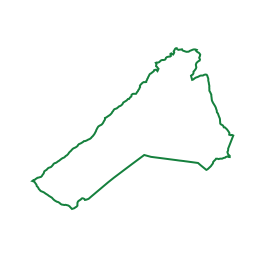 outline of Santaluz, Bahia, Brazil, rotated 351°
{"feature_id": "56859067B88136569258603", "entity_name": "Santaluz", "entity_type": "district", "adm_level": 2, "iso_a3": "BRA", "parent_name": "Brazil", "parent_adm1": "Bahia", "projection": "albers", "projection_center": [-39.492, -11.198], "detail": "fine", "context": "isolated", "style": "outline", "palette": "green", "viewbox_px": 256, "rotation_deg": 351, "n_neighbors": 0, "source": "geoboundaries", "source_scale": "gbopen_adm2", "svg_char_len": 4649}
<svg xmlns="http://www.w3.org/2000/svg" viewBox="0 0 256 256"><g transform="rotate(351 128 128)"><path d="M208.1,61.6L206.9,61.0L205.6,60.7L204.7,60.7L203.7,60.9L202.5,61.2L201.1,61.5L199.9,62.1L198.7,62.0L197.7,61.9L196.4,61.3L195.6,60.8L194.7,60.4L193.9,59.7L193.6,58.7L192.6,58.8L191.3,58.7L190.0,58.7L188.8,57.8L188.6,56.8L187.5,56.8L186.6,57.5L185.9,58.6L185.1,59.4L185.5,60.5L184.9,61.6L184.1,62.5L183.2,61.9L182.7,61.1L181.6,61.3L181.4,62.2L181.7,63.5L180.8,64.0L179.2,63.9L177.7,64.0L176.5,64.6L176.0,65.6L175.4,66.2L174.4,66.4L173.4,66.4L172.6,66.2L171.5,66.3L170.4,66.9L169.2,67.8L167.7,68.1L166.6,67.8L165.6,68.0L166.1,69.5L165.6,70.4L165.4,71.4L166.3,72.3L166.8,73.4L167.4,74.3L166.7,75.4L166.0,76.4L164.9,74.8L163.8,74.8L162.8,75.0L162.3,76.0L161.3,76.5L160.4,77.0L159.5,77.6L158.6,77.8L157.6,78.5L157.0,79.5L155.9,80.9L155.5,81.7L154.8,82.4L154.4,83.4L153.6,84.2L153.2,85.4L151.9,85.4L150.8,85.1L149.4,85.6L148.1,86.6L147.1,87.3L146.3,88.3L146.4,89.4L145.7,90.2L145.2,91.2L144.1,92.2L143.5,93.2L142.6,93.9L141.4,95.4L140.4,95.4L139.2,95.1L137.9,95.1L136.7,95.8L136.2,97.4L134.7,98.2L133.7,99.4L132.4,99.4L131.5,100.2L130.5,100.8L129.5,101.2L128.3,101.7L127.3,102.1L126.6,103.2L125.2,104.4L123.9,105.0L122.6,105.2L121.6,105.9L120.7,106.4L119.9,106.9L118.6,107.1L117.5,107.3L116.6,108.1L115.7,109.2L114.9,109.8L114.3,110.7L113.3,111.5L112.2,112.3L110.4,113.1L109.3,113.6L108.2,114.2L106.8,114.5L106.7,115.4L106.4,116.3L105.6,117.1L104.9,118.0L104.2,119.0L103.5,119.7L102.5,120.5L101.5,120.9L100.4,121.2L98.9,121.9L97.9,123.0L97.1,124.1L96.4,125.0L95.8,126.2L95.0,127.2L94.2,128.3L93.4,129.2L92.7,129.8L92.0,130.5L90.8,131.3L89.8,132.2L88.4,132.9L87.0,133.2L85.7,133.7L83.9,134.2L82.4,134.1L81.3,134.8L79.9,135.4L78.6,135.9L77.1,136.2L76.0,137.0L75.4,137.8L74.6,138.3L73.6,138.8L72.4,139.2L71.5,139.4L70.2,139.9L68.9,140.9L68.0,141.7L67.0,142.3L65.9,143.1L65.0,144.2L63.4,145.4L62.1,145.9L60.8,146.9L59.8,147.3L58.7,147.5L57.4,148.1L56.1,148.8L55.3,149.3L54.5,149.7L53.6,150.0L52.4,150.7L51.1,151.2L49.9,151.3L48.8,151.9L48.0,152.8L47.2,153.5L46.0,154.4L44.9,154.7L43.9,154.8L42.9,155.1L41.8,155.9L41.0,156.6L39.9,157.0L38.6,157.7L38.1,158.6L37.6,159.7L36.2,161.0L35.3,162.1L34.3,162.7L33.1,162.8L31.9,163.0L30.7,163.0L29.9,163.5L28.8,163.9L27.8,164.6L26.6,164.6L25.2,165.4L26.2,165.9L27.1,166.5L27.7,167.6L28.1,168.5L28.7,169.6L28.8,171.2L29.6,172.1L30.1,173.2L30.3,174.2L31.0,175.1L31.4,175.9L32.2,176.8L33.1,177.3L34.1,177.9L35.2,178.7L36.2,179.8L37.5,180.9L38.4,181.7L39.3,182.7L40.4,183.6L41.1,184.2L42.0,185.0L42.8,186.3L43.8,187.6L44.6,188.4L46.2,189.7L47.4,190.2L48.7,191.3L49.5,192.4L50.5,193.2L52.0,193.7L53.1,194.1L54.3,194.1L55.5,194.6L56.9,195.2L58.0,196.2L58.6,197.2L60.0,199.2L61.2,199.0L62.5,198.8L63.5,198.2L64.8,197.7L65.9,196.8L66.1,195.4L66.4,193.9L67.1,192.8L68.2,192.1L69.6,191.5L70.4,191.1L71.2,190.4L72.1,190.3L73.0,190.7L73.9,191.4L74.2,192.3L75.2,192.3L76.5,192.1L78.0,191.8L81.4,189.7L100.1,178.4L106.1,175.0L118.3,168.5L126.8,164.0L139.8,157.2L143.1,158.7L146.2,160.1L157.5,163.4L171.4,167.5L173.7,168.2L175.2,168.6L176.6,169.0L177.7,169.3L179.3,169.8L180.7,170.2L191.7,173.5L193.8,176.0L198.8,181.6L199.9,181.3L201.1,180.6L202.2,179.8L203.3,179.1L204.2,178.4L204.9,177.6L205.6,177.0L206.4,176.1L206.8,174.9L208.1,173.8L209.2,173.1L210.2,172.1L211.7,172.4L212.7,172.9L213.9,172.7L214.9,172.8L216.2,173.0L217.2,172.7L218.2,172.5L219.2,172.5L220.2,171.9L221.8,171.7L223.0,172.4L223.9,172.6L224.1,171.4L222.9,169.9L222.6,168.7L222.4,167.3L223.1,166.3L223.5,165.3L223.7,164.0L224.2,163.2L230.8,151.9L229.6,151.1L228.1,151.1L226.9,150.4L227.4,148.9L227.0,147.8L226.6,146.9L226.1,146.0L225.7,145.1L224.9,144.0L223.7,142.5L222.7,142.3L222.5,141.2L222.0,140.2L221.1,139.5L220.3,138.9L219.8,138.1L220.2,133.4L220.0,132.1L219.7,131.2L219.5,130.1L219.3,129.1L219.1,127.7L218.3,126.5L218.3,125.5L218.4,124.6L218.1,123.3L217.9,121.6L217.4,120.0L216.7,118.3L216.2,117.1L215.8,116.2L215.6,115.3L215.2,114.1L215.2,112.6L215.3,111.0L215.3,109.3L215.5,108.2L215.1,106.7L214.7,105.3L214.2,104.0L214.3,103.1L214.5,102.0L214.6,100.7L214.9,99.3L214.9,98.1L214.8,97.1L214.9,96.1L214.8,95.0L214.7,93.7L214.9,92.7L215.0,91.6L214.7,90.3L214.5,88.8L214.0,87.7L212.8,87.3L211.5,87.4L210.2,87.9L209.0,87.7L207.8,87.6L206.9,87.8L205.6,88.3L204.4,88.6L203.4,88.7L202.4,89.0L201.2,89.6L200.0,90.3L198.9,90.5L198.4,86.2L199.3,85.7L200.4,85.3L201.3,84.0L201.5,82.6L202.4,81.9L203.6,80.8L204.4,79.9L205.0,78.7L204.9,77.5L204.9,76.1L205.6,74.7L207.0,73.6L208.3,72.9L209.3,72.6L209.8,71.5L209.3,69.8L210.4,68.0L210.8,66.7L210.1,65.3L209.3,64.4L208.4,63.9L207.9,63.1L207.3,62.4L208.1,61.6Z" fill="none" stroke="#15803d" stroke-width="2"/></g></svg>